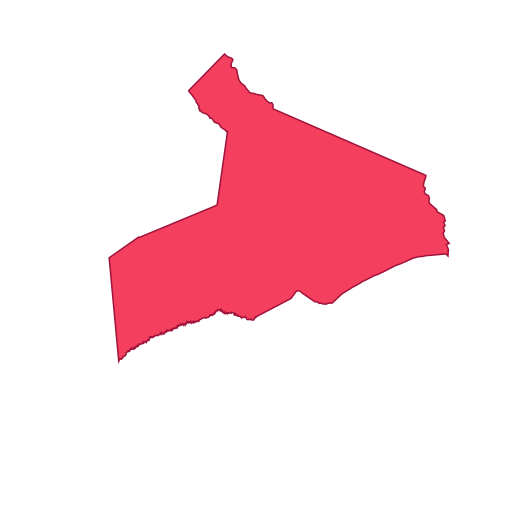 Sesheke, Western, Zambia, rotated 217°
{"feature_id": "96606910B16407097160512", "entity_name": "Sesheke", "entity_type": "district", "adm_level": 2, "iso_a3": "ZMB", "parent_name": "Zambia", "parent_adm1": "Western", "projection": "natural_earth1", "projection_center": [23.989, -16.932], "detail": "fine", "context": "isolated", "style": "filled", "palette": "rose", "viewbox_px": 512, "rotation_deg": 217, "n_neighbors": 0, "source": "geoboundaries", "source_scale": "gbopen_adm2", "svg_char_len": 6100}
<svg xmlns="http://www.w3.org/2000/svg" viewBox="0 0 512 512"><g transform="rotate(217 256 256)"><path d="M302.3,89.4L302.8,91.8L301.6,92.4L301.5,93.3L301.0,93.7L301.7,95.0L301.3,95.4L301.0,97.1L300.5,97.4L300.6,99.3L301.5,100.3L301.2,101.3L301.3,102.0L301.1,101.9L300.6,102.5L300.7,102.9L300.2,103.3L300.3,103.5L300.6,103.4L300.6,104.5L300.1,105.0L300.2,105.3L299.9,105.0L300.0,105.7L299.5,106.3L299.8,106.5L299.5,106.6L298.9,107.3L299.4,107.4L299.0,107.6L299.0,108.1L298.5,107.8L298.4,108.1L298.2,107.9L298.1,108.4L297.4,108.3L297.7,109.5L297.3,109.7L297.8,109.9L297.5,110.5L297.9,110.1L297.9,110.6L297.2,110.9L297.2,111.4L296.9,111.3L296.5,111.9L296.4,112.2L297.0,112.1L296.8,112.5L297.0,112.9L296.8,113.5L296.3,113.6L296.5,113.9L296.5,114.1L296.2,113.8L296.3,114.2L296.1,114.6L296.3,114.7L295.7,114.9L295.8,115.8L294.9,116.3L294.9,117.0L294.4,117.1L294.0,117.8L294.1,118.4L293.7,118.5L294.0,118.9L293.7,119.0L294.2,119.4L293.8,119.4L293.6,119.8L293.8,119.9L293.2,120.5L293.5,120.4L293.5,120.7L293.4,120.5L292.9,120.9L292.6,120.6L292.3,121.4L292.0,121.3L292.3,121.7L291.5,122.8L291.7,123.4L291.3,123.7L291.5,124.1L291.2,124.1L290.6,124.8L290.8,125.0L290.6,125.2L291.1,125.0L291.7,125.6L291.5,126.2L291.7,127.2L292.0,127.4L291.5,127.6L291.5,128.0L291.1,128.0L291.0,128.8L290.0,128.9L290.0,128.5L289.6,129.0L289.3,128.9L289.1,129.7L289.3,130.0L288.8,130.8L289.0,131.3L288.8,131.7L288.5,131.6L288.5,132.3L286.6,133.2L286.4,133.5L286.7,133.9L286.1,134.5L285.9,134.8L286.1,134.9L285.4,135.6L285.8,136.1L285.5,136.9L285.7,137.1L285.4,137.1L285.2,137.6L285.0,137.4L285.1,137.8L284.7,137.6L284.7,137.9L284.0,138.1L283.3,137.7L283.2,138.3L283.1,138.1L282.9,138.2L283.2,138.4L282.7,138.9L283.0,139.4L282.6,139.9L282.8,140.3L282.3,140.6L282.4,141.3L282.8,141.3L282.5,141.8L282.4,142.3L282.5,142.8L282.3,142.7L282.4,143.2L281.9,143.3L281.7,143.0L281.7,143.5L281.5,143.1L281.4,143.4L281.1,143.2L280.5,143.7L280.4,144.4L279.9,144.8L280.0,145.0L279.5,145.8L279.2,145.7L279.2,146.0L279.0,145.7L278.9,145.9L278.6,145.7L278.6,146.3L278.4,146.1L278.3,146.6L278.6,146.7L278.1,146.9L278.4,148.8L278.2,149.0L278.1,148.6L277.7,149.2L277.7,148.9L277.2,149.1L276.0,151.0L276.3,151.8L276.5,151.5L276.6,152.2L276.1,152.0L276.3,152.3L276.1,153.0L276.4,153.1L276.0,153.3L276.2,154.1L275.9,154.0L275.7,154.5L275.5,154.2L275.4,154.8L275.1,154.6L275.0,154.9L275.2,155.6L274.9,155.8L274.7,155.5L274.5,155.9L274.1,155.6L274.5,156.0L274.4,156.3L274.0,156.0L273.8,156.4L274.1,156.5L273.4,156.7L273.3,157.0L273.5,157.4L273.2,157.3L273.0,157.5L273.3,157.6L272.8,157.9L272.9,157.5L272.3,157.3L272.5,157.7L272.2,158.0L272.3,158.3L271.7,158.3L271.9,158.5L271.8,159.0L271.5,158.8L271.7,159.2L271.4,159.3L271.6,159.4L271.6,159.9L271.2,160.0L271.5,160.4L271.2,161.4L271.6,161.9L270.9,161.9L271.1,162.1L270.9,162.2L270.7,162.7L270.1,162.9L269.9,162.4L269.6,162.9L269.5,162.4L269.1,163.2L268.5,163.1L268.5,163.4L268.2,163.4L268.4,163.8L267.9,163.6L267.6,164.3L267.3,164.1L267.4,164.7L267.0,164.7L267.2,165.0L266.6,164.8L266.3,165.2L266.0,165.1L266.1,165.8L265.6,165.6L265.7,166.3L264.9,166.5L265.3,166.9L264.5,167.5L264.7,167.9L264.1,168.4L263.6,168.3L262.3,169.3L262.6,169.7L262.8,171.4L262.0,172.0L261.8,173.3L259.8,176.2L259.6,176.4L258.9,176.1L257.5,177.9L256.7,179.7L256.9,180.6L257.1,180.6L256.7,181.3L257.0,181.6L256.8,182.4L256.4,182.5L256.5,182.3L256.1,182.3L256.0,181.9L255.4,182.0L255.5,182.3L255.1,182.5L255.0,183.4L254.4,184.3L255.0,184.5L255.0,185.3L254.9,185.5L255.0,185.9L254.6,186.4L254.9,186.7L254.7,187.3L254.5,187.1L254.8,188.7L254.1,189.3L254.1,189.8L253.8,189.5L253.8,190.4L253.4,190.4L253.2,191.0L252.3,190.9L252.3,191.3L251.9,191.3L251.9,191.7L251.7,191.4L251.7,191.8L251.2,191.4L250.9,192.3L250.2,191.9L250.3,191.5L249.8,191.8L249.8,191.3L249.1,191.4L249.1,191.1L248.6,190.8L248.3,191.0L248.3,191.5L248.0,191.5L248.2,191.1L247.9,191.1L247.7,191.7L246.9,191.6L246.9,191.9L246.6,191.4L246.5,191.7L245.8,191.6L245.9,192.2L245.1,193.2L244.8,193.4L244.7,193.0L244.1,193.7L243.9,193.3L243.8,194.0L243.4,194.4L243.2,194.1L242.6,194.9L241.5,195.3L241.7,196.0L241.4,195.9L241.4,196.2L240.0,197.2L239.1,197.0L238.6,196.2L238.0,195.9L237.7,196.0L237.6,196.5L237.4,196.1L237.4,196.4L237.2,196.2L236.7,196.4L236.8,197.2L236.6,196.8L236.4,197.0L236.7,197.4L235.7,197.0L235.5,197.4L234.9,197.0L234.6,197.5L234.2,197.2L231.6,198.4L231.2,198.0L231.0,198.3L230.2,198.0L230.1,198.5L228.6,199.7L228.4,201.0L227.7,200.7L226.8,201.0L225.5,199.9L224.7,200.0L223.6,200.7L223.0,201.9L221.7,201.9L221.4,202.6L220.1,202.7L219.5,203.4L219.4,204.0L219.7,204.4L219.4,205.3L219.8,206.4L219.2,206.9L219.7,207.4L219.4,207.9L219.3,207.6L202.5,243.1L202.6,252.2L201.3,253.6L199.6,254.5L196.1,254.2L181.3,254.9L179.2,256.4L177.1,256.1L175.6,257.6L174.1,257.8L171.0,259.7L169.8,261.9L166.8,264.3L164.6,277.4L160.3,288.7L157.7,294.2L155.4,300.2L153.8,303.0L149.9,311.2L147.6,314.6L142.9,323.8L139.0,332.1L135.8,336.9L129.3,348.8L125.7,353.3L122.7,355.9L120.6,358.4L105.5,372.0L102.7,371.5L106.3,377.0L110.9,379.8L109.3,382.3L117.2,384.3L120.4,387.1L120.5,389.6L123.5,391.5L123.3,394.1L126.6,395.8L125.9,397.9L130.4,401.3L138.7,400.3L139.2,401.7L149.2,402.5L150.8,403.7L152.2,406.3L154.0,407.7L154.9,408.0L157.4,407.5L159.7,408.0L160.4,408.8L160.8,410.4L161.8,412.1L163.9,412.2L164.8,413.3L166.2,415.8L167.9,421.1L168.9,422.6L330.9,383.8L331.5,384.0L332.0,385.2L333.6,387.1L335.6,387.9L337.3,386.4L339.6,386.3L343.2,386.8L345.7,387.9L347.3,388.2L352.8,385.4L355.6,384.5L357.7,383.2L359.1,382.8L363.3,383.6L367.3,385.0L371.9,385.1L373.5,385.5L376.3,386.8L381.2,390.9L382.5,392.4L383.8,393.2L386.2,393.5L388.2,392.1L389.3,392.0L391.7,394.7L392.2,397.9L392.5,398.6L393.4,399.2L395.1,399.1L398.7,398.0L402.7,398.4L409.3,347.6L407.8,346.8L404.6,346.2L397.7,344.1L395.9,342.6L394.5,342.6L393.1,341.6L391.8,341.6L390.8,339.7L390.1,339.6L388.6,338.3L388.5,338.8L386.2,338.3L384.7,338.4L380.9,339.7L377.2,339.3L375.7,338.4L375.3,338.9L374.2,339.4L369.7,337.9L365.6,339.1L363.8,338.8L361.8,337.9L360.9,337.8L355.7,338.1L354.6,337.5L353.6,338.2L317.7,273.2L360.4,200.6L361.2,200.3L372.2,166.2L302.3,89.4Z" fill="#f43f5e" stroke="#9f1239" stroke-width="1.5"/></g></svg>